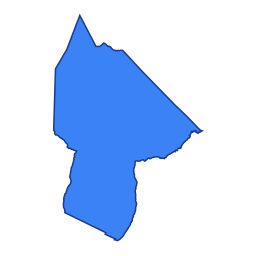 the district of Arrecifes, Buenos Aires, Argentina
{"feature_id": "61730980B34566458401394", "entity_name": "Arrecifes", "entity_type": "district", "adm_level": 2, "iso_a3": "ARG", "parent_name": "Argentina", "parent_adm1": "Buenos Aires", "projection": "equal_earth", "projection_center": [-60.001, -34.007], "detail": "fine", "context": "isolated", "style": "filled", "palette": "blue", "viewbox_px": 256, "rotation_deg": 0, "n_neighbors": 0, "source": "geoboundaries", "source_scale": "gbopen_adm2", "svg_char_len": 5616}
<svg xmlns="http://www.w3.org/2000/svg" viewBox="0 0 256 256"><path d="M53.8,130.4L53.9,130.6L54.0,130.7L54.7,131.3L54.8,131.8L54.7,132.9L54.7,133.5L54.8,133.9L55.1,134.3L55.4,134.7L55.7,135.0L56.1,135.0L56.7,134.9L57.1,135.1L57.4,135.3L58.1,135.6L59.1,136.7L60.1,137.7L61.6,138.3L61.9,138.6L62.1,139.0L62.5,139.2L63.6,139.8L64.3,140.4L65.2,142.0L65.6,142.4L66.3,143.3L66.7,143.5L67.0,143.8L67.3,144.1L67.6,144.7L67.7,145.3L67.6,145.6L67.4,145.9L67.3,146.2L67.4,146.5L67.3,146.8L67.3,147.3L67.9,147.5L68.0,147.6L68.2,148.0L68.8,148.4L69.5,148.3L69.8,148.2L70.0,148.3L70.7,148.7L71.2,149.2L71.6,149.4L72.4,149.4L72.6,149.6L73.1,149.7L73.6,150.1L74.0,150.2L74.3,150.4L74.7,150.5L75.0,150.5L75.7,150.8L76.6,151.0L76.0,152.5L75.8,152.8L75.0,153.4L74.7,153.7L74.4,154.2L74.5,154.4L74.6,154.9L74.6,155.2L74.3,155.7L74.3,155.9L74.7,156.6L74.7,156.9L74.0,157.7L73.9,158.0L74.0,158.5L73.6,160.6L73.5,161.4L73.3,161.9L73.2,162.4L73.0,162.9L72.9,163.7L72.6,164.2L72.5,165.1L72.4,165.5L72.0,166.5L71.8,166.9L71.4,167.3L71.3,167.8L71.2,169.2L71.1,169.6L70.9,170.4L70.8,170.9L70.7,171.4L70.4,173.6L70.4,174.2L70.3,174.6L69.9,175.8L69.8,176.4L69.8,177.0L70.1,177.9L70.6,179.0L70.7,179.8L71.1,180.6L71.0,181.4L70.7,182.6L70.6,183.6L69.7,184.5L69.5,185.4L69.0,185.4L68.8,185.6L68.1,186.8L67.4,188.5L67.0,189.0L66.9,189.4L66.9,190.3L66.6,190.8L66.2,191.8L66.1,192.3L66.1,192.8L65.9,193.1L65.1,193.6L65.0,194.0L64.9,194.6L64.7,195.0L64.6,195.8L64.2,196.3L64.0,197.4L64.0,197.8L64.1,198.3L63.7,198.7L63.7,199.3L63.9,199.7L63.9,201.2L63.7,201.7L63.6,202.2L63.6,202.6L63.5,203.6L63.4,204.3L63.5,206.5L63.6,207.2L64.0,208.1L64.2,208.5L64.7,209.4L64.7,210.3L64.8,210.6L64.9,211.1L64.9,211.5L65.0,211.8L65.0,212.1L64.9,212.4L64.8,212.6L105.7,232.6L105.2,234.3L115.3,238.9L114.5,239.7L117.7,240.6L118.2,240.2L119.6,239.4L120.4,238.8L120.7,238.3L122.5,236.8L123.0,236.2L123.8,235.0L124.1,234.3L124.7,233.4L125.6,231.9L126.0,231.5L126.6,230.7L128.3,227.9L128.8,227.0L130.1,225.1L130.4,224.4L130.6,223.2L130.9,222.7L131.1,222.3L131.3,222.3L131.5,221.9L132.0,221.2L132.2,220.6L132.4,219.1L132.4,218.5L132.5,218.2L132.8,217.7L133.2,217.2L133.4,216.6L133.1,216.1L133.3,215.2L133.8,214.5L134.1,214.5L134.7,213.3L134.8,212.7L134.8,212.3L134.9,211.9L135.2,211.5L135.4,210.8L135.6,209.9L135.6,208.9L135.8,206.8L136.4,204.8L136.6,203.5L135.9,201.9L135.6,200.6L135.5,199.8L135.8,199.3L135.8,198.7L135.5,197.6L135.5,197.1L135.7,196.2L135.6,195.1L135.7,194.1L135.4,193.1L135.2,191.2L135.3,190.4L135.7,189.1L135.9,188.7L135.9,188.4L135.7,187.7L135.9,187.2L136.0,186.7L136.1,186.3L136.2,185.9L136.5,185.3L136.6,184.4L136.9,183.4L137.0,182.3L136.8,181.6L136.1,180.4L135.9,179.9L135.8,179.7L135.7,179.3L135.6,179.0L135.0,178.4L134.9,178.1L134.8,177.6L134.6,177.3L134.5,176.9L134.4,174.3L134.4,174.1L134.2,173.6L134.0,173.1L133.8,172.9L133.8,172.7L133.7,172.1L133.6,171.8L133.9,171.3L133.8,170.9L133.6,170.3L133.7,168.7L133.9,168.2L134.1,168.0L134.3,167.6L134.9,165.4L135.0,164.8L135.1,161.8L135.2,161.5L135.2,161.3L135.4,161.3L135.9,161.2L136.7,160.9L137.0,160.8L138.0,161.1L139.1,161.2L140.3,160.8L141.6,160.2L142.4,159.9L143.1,159.8L143.3,159.9L143.9,160.2L144.1,160.5L144.3,160.7L144.4,161.0L145.2,160.9L145.7,160.7L146.1,160.0L146.3,159.7L147.0,159.3L147.0,159.2L147.6,158.7L147.9,158.3L148.3,158.1L148.6,158.1L148.9,158.1L149.1,158.1L149.4,158.5L149.7,158.7L150.2,158.7L150.8,158.5L152.8,157.3L153.3,157.4L153.6,157.3L153.9,157.1L154.4,157.0L155.4,157.0L156.0,156.8L156.4,156.9L157.1,156.8L157.7,156.9L158.5,156.8L159.1,157.3L159.5,157.5L159.6,157.9L159.9,158.1L160.3,158.0L160.6,158.3L161.0,158.4L161.4,158.3L161.8,158.3L162.3,158.1L162.8,158.3L163.4,158.2L163.7,158.3L164.0,158.6L164.4,158.6L164.4,158.0L164.6,157.7L165.5,157.7L166.1,157.4L166.5,156.2L166.8,156.0L167.0,156.0L167.4,155.7L167.9,155.0L168.2,154.8L169.7,154.2L170.6,153.6L171.0,153.4L171.7,152.8L172.4,152.7L172.8,152.5L173.4,151.9L173.6,151.7L174.3,151.6L174.8,151.2L175.1,151.2L175.3,151.4L175.4,151.1L175.3,150.6L175.4,150.4L175.8,150.3L175.9,150.5L176.9,150.6L177.3,150.6L177.5,150.5L177.5,149.6L178.2,148.2L178.4,148.2L178.9,148.4L180.2,148.4L180.3,147.6L180.7,147.5L180.9,147.7L181.1,147.7L181.4,146.6L181.4,145.9L181.6,145.5L181.7,145.3L182.1,145.0L182.3,144.8L182.4,144.6L182.6,144.2L182.8,143.6L183.1,143.5L183.2,143.4L183.4,142.9L183.5,142.7L184.0,142.5L184.5,142.2L184.7,141.9L185.1,141.2L185.7,140.9L186.6,140.0L186.8,140.0L187.1,139.8L187.5,139.3L188.0,138.4L188.4,138.2L189.0,138.1L189.7,137.5L190.0,136.7L190.1,136.3L190.0,136.0L189.7,135.7L189.4,135.6L189.5,135.2L190.3,135.0L190.5,134.5L190.7,133.6L191.1,133.0L191.2,132.6L191.5,131.4L191.9,131.4L192.3,132.3L192.5,132.3L193.1,131.7L193.3,131.4L193.5,131.2L194.0,131.5L194.2,131.4L194.3,131.0L194.5,131.0L195.0,131.2L195.5,130.8L195.8,130.9L195.9,131.1L195.8,132.0L196.1,132.1L196.4,132.1L196.6,132.5L197.3,132.7L197.5,132.8L197.6,133.1L198.0,133.3L198.6,132.8L199.1,132.2L199.5,132.2L200.2,132.0L200.3,131.5L200.2,131.4L200.2,131.2L200.4,131.1L201.0,131.4L201.7,131.1L202.2,130.8L199.9,129.9L186.7,116.2L175.4,105.5L149.7,79.1L143.4,72.7L122.8,50.5L122.7,50.4L122.1,50.4L121.9,50.3L121.6,50.4L121.1,50.2L119.4,50.6L118.4,50.5L117.4,50.8L117.1,50.5L116.8,50.5L116.3,50.6L116.0,50.5L115.8,50.8L115.6,50.8L115.2,50.6L114.0,50.1L113.3,50.0L112.2,49.0L111.6,48.5L111.3,48.0L111.1,47.8L111.0,47.3L110.7,47.1L110.1,47.0L109.6,46.4L109.4,46.3L108.8,46.4L108.1,46.0L107.8,46.1L107.4,45.8L107.2,45.8L107.0,45.5L106.6,45.3L106.5,45.1L106.5,44.9L106.2,44.5L105.9,44.3L105.4,43.9L103.8,43.0L100.1,46.4L96.0,46.5L79.8,15.4L76.6,23.7L66.9,49.3L55.5,68.8L53.8,124.8L53.8,130.4Z" fill="#3b82f6" stroke="#1e3a8a" stroke-width="1.5"/></svg>